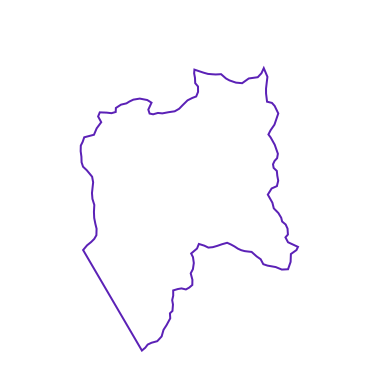 Estrela do Norte, São Paulo, Brazil (Albers equal-area conic projection), rotated 148°
{"feature_id": "56859067B30225350735471", "entity_name": "Estrela do Norte", "entity_type": "district", "adm_level": 2, "iso_a3": "BRA", "parent_name": "Brazil", "parent_adm1": "São Paulo", "projection": "albers", "projection_center": [-51.684, -22.483], "detail": "fine", "context": "isolated", "style": "outline", "palette": "violet", "viewbox_px": 384, "rotation_deg": 148, "n_neighbors": 0, "source": "geoboundaries", "source_scale": "gbopen_adm2", "svg_char_len": 2020}
<svg xmlns="http://www.w3.org/2000/svg" viewBox="0 0 384 384"><g transform="rotate(148 192 192)"><path d="M318.5,84.1L314.2,84.7L310.4,86.1L306.2,85.6L300.5,83.9L294.3,85.6L289.2,90.2L284.1,92.6L277.4,96.4L275.0,100.8L271.6,101.5L267.8,106.6L266.1,110.8L262.9,114.0L260.1,118.5L255.4,117.2L252.0,115.8L248.8,112.6L245.0,112.4L241.0,113.0L238.2,117.3L236.2,123.7L232.1,126.1L228.1,130.8L225.7,136.2L225.3,140.3L217.7,141.4L213.7,144.3L210.0,140.0L207.6,136.2L203.6,134.2L199.0,132.9L194.2,131.8L189.1,130.3L186.7,126.7L184.8,123.3L183.1,119.6L181.1,116.6L178.7,114.0L176.0,111.8L173.2,109.6L171.3,103.1L169.4,98.6L169.8,93.0L167.0,89.6L160.8,84.0L156.9,78.6L151.5,75.6L145.4,80.5L141.0,87.0L134.2,87.4L131.2,89.3L137.2,98.5L136.8,104.0L133.2,105.1L130.4,110.3L129.8,114.8L131.2,119.2L130.0,122.9L129.9,128.4L131.3,134.8L129.5,140.3L129.1,149.6L122.6,152.8L116.9,152.0L112.9,155.9L111.0,160.7L108.9,164.9L110.0,169.2L108.6,172.6L105.5,174.6L101.9,175.6L98.9,178.9L97.9,183.4L96.8,188.2L96.4,196.5L96.7,200.3L92.7,202.7L86.4,205.4L77.2,212.9L76.3,221.2L77.0,225.2L80.5,228.8L77.0,236.3L74.4,240.5L70.0,246.0L67.0,249.7L65.5,259.0L70.2,255.9L75.4,254.5L83.7,258.2L91.8,257.7L96.8,261.5L101.1,266.8L103.0,270.2L104.9,276.5L109.6,279.1L112.4,281.1L115.9,283.7L118.9,287.0L121.9,290.6L125.1,294.5L127.3,291.5L129.0,287.2L131.6,282.6L131.0,278.3L133.8,273.7L137.8,270.8L141.9,271.6L147.2,272.1L153.9,270.6L158.8,269.4L163.9,269.6L169.6,272.1L175.5,274.4L179.0,277.1L183.8,278.5L186.4,281.0L185.4,285.0L179.0,289.2L181.2,293.7L186.8,298.9L192.8,301.4L197.1,301.9L200.6,301.9L205.9,303.7L212.0,303.6L214.3,300.3L218.5,301.5L222.4,304.6L228.0,308.4L231.6,305.8L232.0,299.3L239.1,296.5L244.8,292.5L254.4,295.5L258.1,292.5L261.7,290.3L264.8,285.6L267.1,280.5L269.9,275.7L271.0,271.2L269.7,266.2L268.6,257.9L270.7,252.6L277.4,244.1L280.1,238.9L281.7,232.8L285.7,227.1L288.7,221.8L290.8,216.3L292.4,211.4L296.0,206.0L299.8,204.0L304.2,203.0L309.2,202.4L315.1,200.5L318.5,84.1Z" fill="none" stroke="#5b21b6" stroke-width="2"/></g></svg>